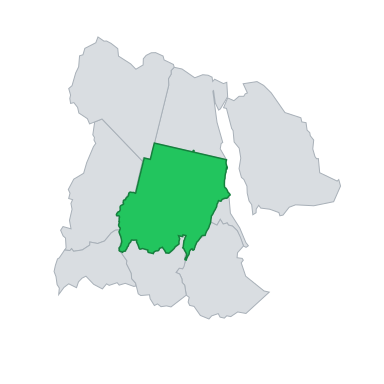 Sudan highlighted, Equal Earth projection, rotated 13°
{"feature_id": "SDN", "entity_name": "Sudan", "entity_type": "country or territory", "adm_level": 0, "iso_a3": "SDN", "parent_name": "Africa", "parent_adm1": "", "projection": "equal_earth", "projection_center": [30.131, 15.434], "detail": "fine", "context": "with_neighbors", "style": "filled", "palette": "green", "viewbox_px": 384, "rotation_deg": 13, "n_neighbors": 8, "source": "natural_earth", "source_scale": "50m", "svg_char_len": 9480}
<svg xmlns="http://www.w3.org/2000/svg" viewBox="0 0 384 384"><g transform="rotate(13 192 192)"><path d="M136.8,173.1L136.7,206.8L131.3,206.2L126.6,217.7L127.9,219.7L125.7,222.4L126.4,225.9L124.1,232.6L126.3,232.1L127.6,235.4L127.6,240.4L130.0,243.0L129.9,245.1L125.8,246.5L122.5,250.0L117.8,259.4L111.7,263.4L103.7,263.7L104.3,266.7L98.2,273.1L90.0,276.4L87.4,274.3L86.2,276.5L80.9,277.2L81.9,274.8L79.1,265.3L76.3,263.8L72.6,258.8L74.1,254.7L82.4,255.1L79.0,247.2L79.0,235.8L76.6,230.3L77.4,226.3L73.3,226.1L73.4,220.6L70.9,217.4L73.9,206.1L82.2,198.1L82.8,187.1L85.8,169.9L87.3,166.3L84.8,163.4L84.7,160.8L82.5,158.6L81.4,145.6L87.9,141.1L136.8,173.1Z" fill="#d9dde1" stroke="#a8b0b8" stroke-width="1"/><path d="M158.6,296.2L156.5,297.1L147.5,296.0L142.0,299.1L139.5,297.2L132.3,301.6L129.4,300.7L126.5,306.6L117.0,304.1L107.6,297.9L104.2,300.7L101.6,305.1L101.0,311.2L92.5,309.2L88.7,313.8L85.2,321.9L84.3,315.4L81.4,312.6L78.5,305.0L75.5,300.5L75.4,294.3L76.0,287.5L77.5,286.0L80.9,277.2L86.2,276.5L87.4,274.3L90.0,276.4L98.2,273.1L104.3,266.7L103.7,263.7L111.7,263.4L117.8,259.4L122.5,250.0L125.8,246.5L129.9,245.1L130.5,248.7L134.2,254.1L133.5,263.9L144.1,273.7L144.2,276.5L151.1,284.8L152.7,290.0L157.5,293.4L158.6,296.2Z" fill="#d9dde1" stroke="#a8b0b8" stroke-width="1"/><path d="M216.4,216.9L215.7,213.5L218.8,195.3L220.8,192.7L225.4,191.3L228.5,186.5L234.2,204.1L246.6,216.3L255.8,229.1L259.0,231.7L257.1,233.8L254.3,233.0L244.8,219.5L239.2,216.1L234.9,216.0L233.3,214.2L229.6,216.2L225.7,212.3L223.8,218.7L216.4,216.9Z" fill="#d9dde1" stroke="#a8b0b8" stroke-width="1"/><path d="M205.6,92.3L212.3,93.6L216.3,88.2L220.9,87.1L221.8,84.4L223.7,83.0L217.5,75.0L230.5,69.8L237.8,72.0L246.9,77.6L264.7,93.7L281.4,95.2L283.2,99.0L287.5,98.8L290.2,105.8L293.4,107.7L294.6,110.6L298.9,114.0L300.0,122.9L303.9,129.9L305.9,131.6L307.6,131.0L312.1,144.5L331.0,148.7L332.2,146.9L335.4,152.8L332.2,169.6L313.8,178.0L295.8,181.2L290.1,185.0L285.9,194.0L283.0,195.4L281.3,192.5L271.6,191.3L262.6,192.2L260.0,190.0L258.4,194.2L259.1,197.8L256.4,200.5L253.0,190.9L249.6,187.9L246.1,180.8L244.2,173.9L239.7,168.1L236.9,166.7L232.6,158.7L231.9,148.0L228.1,138.7L221.8,133.8L218.2,122.9L216.3,121.1L206.8,102.8L203.8,102.8L205.6,92.3Z" fill="#d9dde1" stroke="#a8b0b8" stroke-width="1"/><path d="M218.3,152.8L144.4,152.8L145.3,93.2L143.6,86.8L145.2,81.8L144.3,78.4L146.6,74.5L154.6,74.4L169.0,80.1L176.1,75.3L181.4,74.6L185.7,75.6L187.3,79.6L188.7,77.0L198.2,79.3L201.2,77.3L205.3,91.1L200.9,104.7L199.5,106.2L194.6,99.9L190.2,88.3L189.6,89.0L200.7,118.5L210.8,136.8L209.5,138.2L209.8,143.6L218.3,152.8Z" fill="#d9dde1" stroke="#a8b0b8" stroke-width="1"/><path d="M145.3,93.2L144.2,169.5L137.0,169.6L136.8,173.1L87.9,141.1L76.9,148.7L73.6,144.1L64.0,140.5L61.5,135.3L56.8,131.5L53.8,133.0L51.9,128.4L51.9,124.9L48.6,118.9L51.2,115.4L51.9,102.1L53.4,95.5L51.8,84.6L54.9,82.8L55.3,76.1L64.7,68.2L65.5,62.1L72.3,64.8L74.8,64.1L79.7,65.4L87.4,69.0L89.8,76.1L103.5,81.0L109.7,85.0L115.8,79.2L114.6,73.1L116.6,69.2L121.0,65.5L125.2,64.4L133.2,66.0L135.1,69.6L145.2,71.9L146.6,74.5L144.3,78.4L145.2,81.8L143.6,86.8L145.3,93.2Z" fill="#d9dde1" stroke="#a8b0b8" stroke-width="1"/><path d="M289.8,272.2L271.9,298.2L263.5,298.6L257.8,304.7L253.7,304.8L251.9,307.6L247.5,307.6L244.9,304.6L239.0,308.3L237.1,311.9L227.9,310.4L219.7,303.0L215.2,303.0L213.0,300.1L213.0,295.3L209.6,293.8L205.8,284.4L202.8,282.4L201.7,278.9L198.4,274.7L194.5,274.0L196.7,269.1L200.1,268.9L202.8,249.5L205.8,247.1L209.1,237.0L212.9,232.7L216.4,216.9L223.8,218.7L225.7,212.3L229.6,216.2L233.3,214.2L234.9,216.0L239.2,216.1L244.8,219.5L249.4,225.2L254.3,233.0L250.0,240.9L250.7,245.9L255.8,245.4L257.3,246.9L255.9,250.0L263.3,262.0L284.4,272.2L289.8,272.2Z" fill="#d9dde1" stroke="#a8b0b8" stroke-width="1"/><path d="M180.9,311.1L175.2,305.4L173.7,301.7L165.4,304.4L162.5,303.3L157.5,293.4L152.7,290.0L151.1,284.8L144.2,276.5L144.1,273.7L136.3,266.8L140.4,264.3L143.9,252.5L148.5,251.4L152.9,258.8L154.7,259.5L157.0,258.0L161.6,258.3L162.5,260.1L168.9,260.1L169.1,258.3L172.4,256.7L173.1,254.2L175.5,252.4L180.9,257.4L184.2,256.5L190.9,245.6L190.3,240.4L188.8,237.9L192.6,237.5L193.0,235.6L196.0,236.1L195.2,242.5L196.0,248.7L199.3,252.1L200.0,259.4L200.9,259.5L201.0,266.3L200.1,268.9L196.7,269.1L194.5,274.0L198.4,274.7L201.7,278.9L202.8,282.4L205.8,284.4L209.6,293.8L197.4,308.7L192.8,308.7L187.6,310.7L183.5,308.8L180.9,311.1Z" fill="#d9dde1" stroke="#a8b0b8" stroke-width="1"/><path d="M201.7,259.6L200.5,259.6L200.4,259.5L200.4,259.4L200.3,259.2L200.3,258.8L200.3,258.1L200.5,257.3L200.9,256.2L200.9,255.8L200.8,255.7L200.8,255.4L200.9,254.8L200.9,254.7L200.9,254.4L200.5,253.3L200.4,253.2L197.6,250.2L197.1,249.3L197.0,249.2L195.6,248.5L195.5,248.4L195.6,248.2L195.8,247.8L195.8,247.7L195.1,241.2L195.2,240.9L195.3,240.8L195.4,240.7L195.4,240.4L195.5,240.3L195.5,239.2L195.5,238.2L195.9,236.5L195.9,235.8L192.9,235.8L192.9,236.0L192.8,236.3L192.8,236.5L192.9,236.9L193.0,237.2L193.0,237.3L193.0,237.6L188.7,237.6L190.4,240.1L190.5,240.3L190.5,241.3L190.4,242.7L190.5,243.6L190.6,244.2L191.0,245.3L191.0,245.5L190.9,245.8L187.9,249.2L187.8,249.4L187.4,250.8L187.0,251.6L186.8,251.8L186.1,253.0L183.4,256.6L182.9,256.9L181.5,257.0L180.8,257.0L180.7,257.0L180.4,257.3L180.3,257.2L180.2,257.1L178.5,255.1L175.5,252.5L175.2,252.8L173.5,253.9L173.2,254.1L173.0,254.3L173.0,255.6L172.7,256.2L172.1,256.9L170.6,257.3L169.9,257.7L169.1,258.3L168.7,258.8L168.1,259.6L168.0,260.2L168.1,260.7L163.0,260.7L162.6,260.3L161.9,258.4L161.4,258.5L156.7,258.2L156.1,258.4L154.7,259.2L154.1,259.4L153.4,259.0L151.0,255.2L150.4,254.7L150.2,254.5L149.9,253.8L149.4,253.4L149.2,253.2L149.1,252.8L149.1,251.9L149.0,251.4L148.6,251.3L145.3,252.2L144.8,252.1L144.1,252.2L143.9,252.4L143.6,252.9L143.6,253.4L143.6,253.9L143.5,254.4L143.2,255.0L142.3,256.3L142.1,256.9L142.1,258.3L142.0,259.0L141.9,259.3L141.5,259.9L141.3,260.2L141.3,260.6L141.2,261.6L141.2,262.0L140.6,263.1L140.5,263.5L140.5,264.3L140.4,264.5L138.9,265.1L138.4,265.5L138.0,266.2L137.9,266.4L137.3,266.2L136.5,266.1L134.9,265.9L134.3,265.6L134.0,265.1L134.1,264.0L134.0,263.8L133.7,263.6L133.6,263.1L133.6,262.6L134.4,261.3L134.6,260.6L134.7,258.2L134.8,257.4L134.8,256.4L134.1,254.6L133.6,253.4L132.7,251.6L132.3,251.0L130.5,248.4L130.3,248.1L129.8,247.0L130.0,246.0L130.3,244.6L130.4,244.0L130.2,243.3L129.8,242.8L129.4,242.8L129.2,242.5L128.8,242.1L128.5,241.8L128.1,241.3L127.9,240.5L128.1,237.8L128.0,237.4L127.5,237.3L127.4,237.1L127.5,236.6L127.2,235.0L126.9,233.7L127.1,233.0L126.7,232.0L126.0,231.6L125.2,231.7L124.5,231.9L124.0,231.9L123.7,231.7L123.5,231.3L123.4,230.9L123.5,230.3L123.9,229.1L124.4,228.1L125.5,227.3L125.8,226.8L126.0,226.3L126.0,225.7L126.0,225.1L125.8,224.5L125.5,223.7L125.3,222.8L125.3,222.2L125.4,221.8L125.7,221.3L126.3,220.7L126.8,220.3L127.1,220.1L127.9,219.4L128.0,219.1L128.0,218.8L127.8,218.5L127.5,218.1L127.4,217.6L127.4,216.8L127.2,216.2L127.1,215.8L127.3,215.5L127.6,215.1L128.1,214.9L128.7,214.6L128.9,214.3L129.0,213.8L129.0,213.2L129.2,212.8L129.6,212.0L129.8,211.6L130.2,211.2L130.6,210.6L130.8,209.9L130.9,209.3L130.7,207.4L131.2,206.6L131.8,206.0L132.7,206.0L134.0,205.9L135.0,205.6L135.6,205.6L137.1,206.0L137.3,205.9L137.4,205.3L137.4,204.1L137.4,200.3L137.5,196.5L137.5,192.7L137.5,188.9L137.6,185.1L137.6,181.3L137.7,177.6L137.7,173.8L137.7,172.8L137.8,171.7L137.8,170.7L137.8,169.6L139.3,169.6L140.9,169.6L142.4,169.6L144.0,169.6L144.1,165.4L144.1,161.2L144.2,157.0L144.3,152.8L146.6,152.8L149.0,152.8L151.4,152.8L153.8,152.8L156.2,152.8L158.5,152.8L160.9,152.8L163.3,152.8L165.7,152.8L168.1,152.8L170.4,152.8L172.8,152.8L175.2,152.8L177.6,152.8L180.0,152.8L182.3,152.8L183.1,152.8L183.4,152.8L184.0,151.2L184.6,151.2L184.8,151.6L184.7,152.1L184.5,152.8L185.6,152.8L187.7,152.8L189.7,152.8L191.8,152.8L193.8,152.8L195.8,152.8L197.9,152.8L199.9,152.8L202.0,152.8L204.0,152.8L206.1,152.8L208.1,152.8L210.2,152.8L212.2,152.8L214.2,152.8L216.3,152.8L218.3,152.8L218.4,154.7L218.7,156.3L219.7,158.4L220.6,159.6L220.9,160.3L220.9,160.6L220.9,160.8L220.6,160.5L220.2,160.3L220.2,161.3L220.3,162.1L220.4,163.4L220.7,164.9L220.5,166.3L220.6,168.6L221.1,171.3L221.0,173.1L221.8,177.2L222.5,179.5L222.9,180.1L223.3,180.4L224.1,180.6L225.4,181.8L226.4,183.0L226.7,183.6L227.2,184.3L227.5,184.2L228.0,184.6L229.6,185.8L229.8,186.4L229.2,187.0L228.6,188.0L228.5,188.3L228.4,188.6L228.3,188.9L228.2,189.1L227.8,189.5L227.7,189.7L227.6,190.0L227.4,190.2L227.1,190.2L226.9,190.3L226.6,190.5L226.2,190.4L225.7,190.5L225.5,190.8L225.1,191.0L224.8,191.0L224.6,191.1L224.3,191.4L223.9,191.8L223.4,192.1L223.2,192.2L222.9,192.5L222.6,194.0L222.3,194.4L221.9,194.5L221.3,194.5L220.8,194.6L220.1,194.4L219.8,194.4L219.7,194.8L219.6,196.1L219.6,196.6L219.4,197.3L219.1,198.1L219.2,199.5L219.3,200.9L218.7,203.0L218.7,203.5L218.1,205.2L217.9,205.8L217.2,208.9L216.9,209.8L216.3,210.9L216.5,212.5L216.6,214.2L216.8,215.9L217.0,218.3L216.5,220.6L216.5,221.9L216.2,223.7L215.9,224.6L215.7,225.1L215.5,225.6L215.1,226.8L214.8,228.3L214.6,229.9L214.6,230.8L214.6,231.2L214.5,231.4L213.7,231.6L212.6,231.8L212.1,232.0L211.7,232.3L211.2,233.1L210.3,235.1L209.8,236.3L209.1,238.1L208.2,239.3L208.0,239.8L207.8,240.9L207.5,242.7L207.2,243.9L207.3,244.9L207.0,246.6L207.1,247.5L206.7,247.9L206.3,248.4L206.0,248.5L205.4,248.0L205.0,247.5L204.8,247.3L204.4,247.6L203.9,248.1L203.3,249.2L202.9,250.4L203.1,252.7L203.1,253.3L203.0,253.8L202.3,255.6L202.2,256.2L201.9,257.2L201.7,259.1L201.7,259.6Z" fill="#22c55e" stroke="#15803d" stroke-width="1.5"/></g></svg>